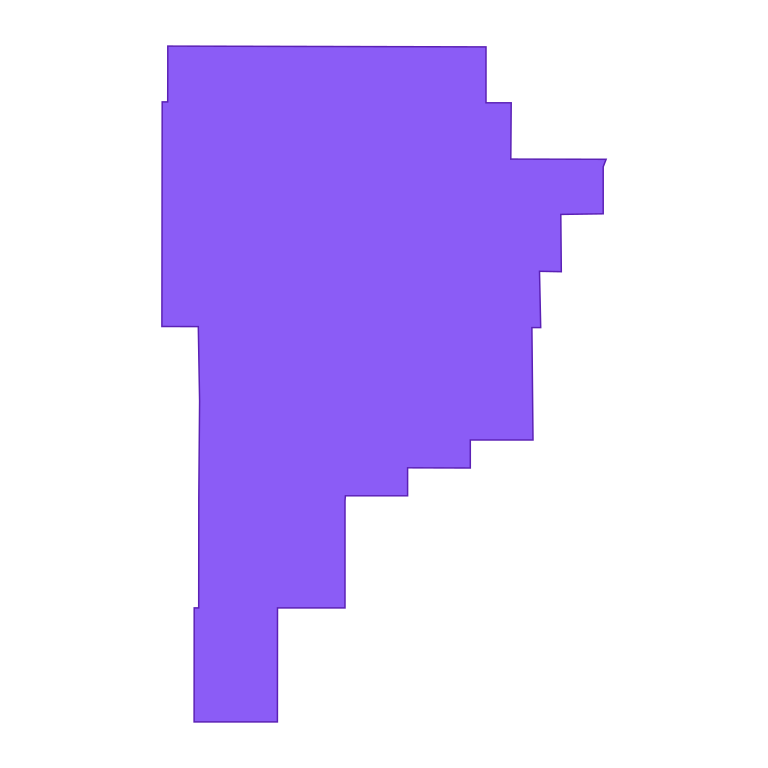 Sweet Grass, Montana, United States of America
{"feature_id": "52423323B34520294903194", "entity_name": "Sweet Grass", "entity_type": "district", "adm_level": 2, "iso_a3": "USA", "parent_name": "United States of America", "parent_adm1": "Montana", "projection": "natural_earth1", "projection_center": [-109.875, 45.696], "detail": "fine", "context": "isolated", "style": "filled", "palette": "violet", "viewbox_px": 768, "rotation_deg": 0, "n_neighbors": 0, "source": "geoboundaries", "source_scale": "gbopen_adm2", "svg_char_len": 537}
<svg xmlns="http://www.w3.org/2000/svg" viewBox="0 0 768 768"><path d="M277.4,721.9L277.5,607.9L345.0,607.9L345.0,500.8L345.4,495.8L407.6,495.8L407.6,467.8L470.3,468.0L470.3,440.0L533.0,440.0L531.9,327.6L540.7,327.6L539.5,271.3L561.3,271.7L560.8,214.4L603.2,213.8L603.2,166.8L606.1,159.3L510.8,159.1L511.2,102.8L486.0,102.8L486.0,46.9L167.8,46.1L167.8,69.4L167.7,101.9L162.2,101.9L161.9,326.5L198.3,326.6L199.6,401.0L198.8,497.5L198.7,607.9L194.2,607.9L194.1,721.9L277.4,721.9Z" fill="#8b5cf6" stroke="#5b21b6" stroke-width="1.5"/></svg>